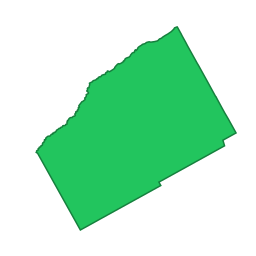 Richland, North Dakota, United States of America, rotated 241°
{"feature_id": "52423323B46553352512273", "entity_name": "Richland", "entity_type": "district", "adm_level": 2, "iso_a3": "USA", "parent_name": "United States of America", "parent_adm1": "North Dakota", "projection": "mercator", "projection_center": [-96.692, 46.284], "detail": "fine", "context": "isolated", "style": "filled", "palette": "green", "viewbox_px": 256, "rotation_deg": 241, "n_neighbors": 0, "source": "geoboundaries", "source_scale": "gbopen_adm2", "svg_char_len": 3358}
<svg xmlns="http://www.w3.org/2000/svg" viewBox="0 0 256 256"><g transform="rotate(241 128 128)"><path d="M61.9,36.9L61.9,59.8L61.8,128.8L65.7,128.8L65.6,203.8L71.3,205.1L71.3,220.1L86.5,220.1L91.4,220.0L94.1,219.9L109.4,220.0L112.9,220.1L113.2,219.9L132.3,220.0L148.5,220.0L151.0,219.9L167.4,219.9L171.2,219.9L175.0,220.0L178.8,220.0L182.6,220.0L184.6,220.1L186.4,220.1L190.1,220.1L192.5,220.1L192.7,219.6L193.0,217.3L192.8,216.8L192.3,216.1L191.3,212.6L190.9,208.3L190.9,205.8L190.7,202.5L190.6,201.9L190.3,201.0L190.6,198.7L190.2,197.3L190.0,196.9L189.9,196.0L190.7,193.1L192.0,189.6L193.0,188.5L193.3,187.8L193.8,186.0L193.8,185.0L193.6,184.4L193.5,184.1L194.2,181.0L193.9,180.3L193.8,177.5L193.6,176.2L193.3,175.5L192.6,174.7L192.2,173.7L191.9,172.9L192.7,172.5L192.6,171.7L191.4,170.6L191.1,170.0L191.4,169.7L191.5,167.9L190.5,165.5L190.0,165.0L189.7,164.3L189.5,163.3L190.0,160.3L189.9,159.5L189.8,158.9L189.5,158.6L189.0,158.1L188.9,157.4L188.7,156.5L188.3,156.5L188.2,156.2L188.2,155.7L188.2,155.4L188.2,155.0L188.2,154.8L188.0,154.4L188.0,153.2L188.1,152.6L188.1,151.7L188.7,151.2L188.8,151.0L188.9,150.2L188.8,149.4L188.7,149.3L188.3,147.9L187.4,145.7L186.7,145.2L186.4,143.2L186.2,139.5L186.2,139.1L187.0,138.5L187.3,138.3L187.5,138.0L187.7,137.9L187.7,137.7L187.7,137.4L187.3,137.1L187.0,136.8L186.9,136.4L187.1,136.0L187.1,135.5L186.9,135.1L186.6,134.7L186.1,134.5L186.0,134.1L186.1,133.7L186.5,132.6L186.8,130.7L186.7,130.3L186.2,129.4L186.1,129.0L186.2,128.6L186.6,127.8L186.6,126.6L186.5,126.3L186.0,126.0L185.8,125.6L186.1,124.7L186.1,124.3L185.9,124.0L185.7,123.0L186.2,120.8L186.2,120.3L185.7,118.9L185.9,116.1L185.7,115.9L184.4,115.5L183.2,114.2L182.3,113.5L182.2,113.2L182.6,112.4L182.1,111.5L180.7,111.0L180.5,110.8L180.6,110.2L180.1,109.9L178.6,110.5L177.8,110.4L177.5,110.0L177.3,108.7L177.5,108.0L177.4,107.6L176.7,107.3L175.8,106.7L175.3,105.5L175.2,104.7L173.9,104.4L173.7,104.2L173.2,101.8L173.3,100.3L171.6,96.4L171.2,95.7L170.9,95.6L170.4,95.8L169.8,95.6L169.7,95.2L169.8,94.8L169.7,94.2L168.7,93.9L168.3,93.6L168.2,93.2L168.3,92.8L168.2,92.4L168.0,92.2L167.4,92.2L167.2,91.7L167.2,91.4L167.5,90.7L167.4,90.1L167.1,89.9L166.5,89.8L166.4,89.7L166.3,89.0L166.0,88.4L165.5,88.1L164.8,88.1L164.4,87.6L164.3,87.1L164.4,86.6L164.7,85.9L164.6,85.2L164.4,84.8L164.2,84.2L164.3,84.0L164.8,83.4L165.0,82.0L164.8,81.0L164.5,80.6L163.9,79.7L163.8,79.2L163.9,78.8L163.7,78.6L163.6,78.4L163.2,78.3L162.8,78.1L162.8,77.5L161.3,76.8L161.0,76.5L161.1,76.2L161.3,75.5L161.2,75.2L160.9,74.9L160.7,74.4L160.8,73.9L161.4,72.7L161.5,72.0L161.2,71.8L160.8,71.0L161.1,69.9L161.1,69.6L160.6,68.7L161.1,67.7L160.8,66.6L160.7,64.4L160.0,63.5L159.6,62.5L159.6,62.0L160.0,61.5L159.9,61.0L159.5,60.5L159.4,60.3L159.5,60.2L159.8,59.8L159.9,59.7L159.7,59.3L159.2,59.0L159.6,57.9L159.5,57.6L159.1,56.6L158.9,56.3L158.8,55.8L158.9,55.4L159.2,55.1L159.6,53.7L159.2,51.6L158.9,51.1L158.3,51.0L158.1,50.7L158.0,50.3L158.2,49.4L157.6,49.3L157.3,49.1L157.3,48.5L157.1,48.2L156.4,47.8L156.3,47.4L156.4,46.6L156.3,46.3L156.0,46.1L155.5,45.3L154.9,45.2L154.5,44.7L154.5,44.3L154.5,43.7L154.6,43.2L154.0,42.7L153.9,42.2L154.2,41.2L154.0,40.8L153.4,40.4L153.3,40.0L153.4,39.6L153.3,39.2L152.4,39.0L152.3,38.0L152.4,37.5L152.3,37.1L152.2,36.9L151.3,36.3L151.1,35.9L149.8,36.7L107.1,36.8L103.5,36.8L61.9,36.9Z" fill="#22c55e" stroke="#15803d" stroke-width="1.5"/></g></svg>